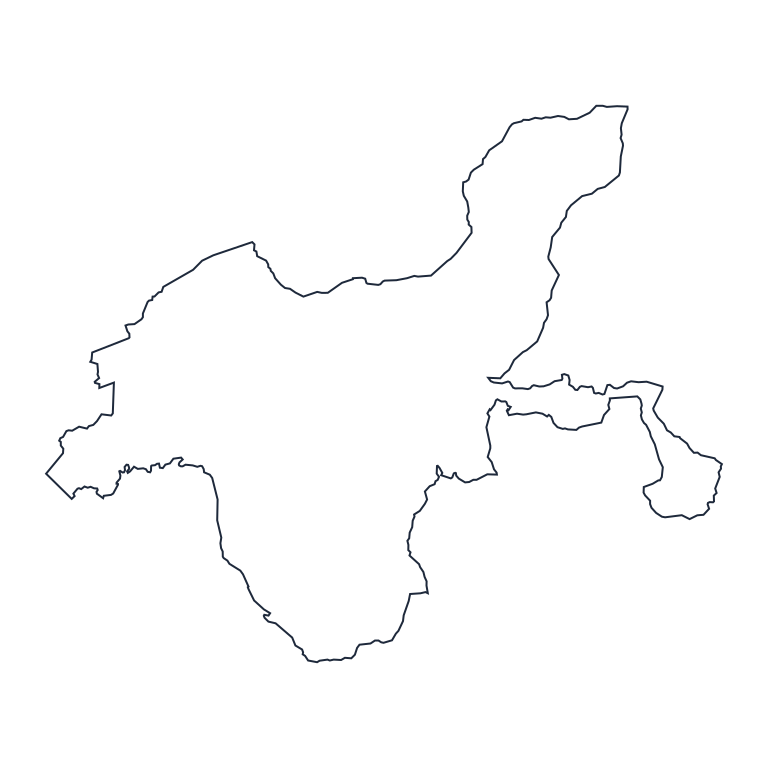 outline of Pasaje, El Oro, Ecuador
{"feature_id": "8360857B52243980096662", "entity_name": "Pasaje", "entity_type": "district", "adm_level": 2, "iso_a3": "ECU", "parent_name": "Ecuador", "parent_adm1": "El Oro", "projection": "mercator", "projection_center": [-79.713, -3.323], "detail": "fine", "context": "isolated", "style": "outline", "palette": "slate", "viewbox_px": 768, "rotation_deg": 0, "n_neighbors": 0, "source": "geoboundaries", "source_scale": "gbopen_adm2", "svg_char_len": 6074}
<svg xmlns="http://www.w3.org/2000/svg" viewBox="0 0 768 768"><path d="M351.3,658.3L354.9,654.7L357.1,647.9L359.5,644.7L370.5,643.5L375.0,640.5L378.5,640.5L381.2,642.3L383.5,642.8L392.0,640.3L395.9,633.6L398.4,630.9L403.0,621.1L403.7,615.3L408.7,601.0L410.1,594.0L420.4,593.3L425.5,592.1L427.8,593.2L426.5,585.6L426.6,581.3L424.6,576.9L423.4,572.0L420.1,567.1L419.1,564.2L409.5,555.5L410.5,552.3L408.3,550.1L408.4,544.9L407.4,540.8L409.2,538.3L409.7,532.6L412.2,527.2L412.7,520.7L414.5,516.6L414.1,514.5L419.8,510.9L424.9,503.8L427.1,499.5L424.9,491.5L429.7,486.2L434.6,484.2L435.5,481.2L437.7,479.9L439.0,476.8L436.7,473.6L437.0,466.0L437.7,465.8L439.5,467.9L442.3,472.9L441.2,475.2L450.8,478.4L452.3,477.4L453.8,473.4L455.2,472.8L455.9,473.1L456.2,475.6L458.8,478.6L465.1,482.4L469.2,482.0L473.3,479.8L476.6,479.8L487.3,474.3L496.9,474.6L496.6,472.6L494.0,469.3L491.7,462.1L487.7,457.0L490.3,448.3L490.3,445.6L486.4,427.2L489.4,416.6L487.4,413.4L489.7,409.3L490.5,410.1L494.5,404.7L495.9,400.4L497.4,399.3L501.4,401.5L505.3,401.4L506.3,402.0L507.8,405.8L510.7,406.9L508.6,410.1L507.7,409.3L506.8,410.7L508.9,415.2L517.0,413.7L523.1,414.6L526.3,414.3L535.9,412.4L542.5,413.7L547.1,416.5L548.8,414.9L551.3,416.9L553.5,422.9L557.5,427.2L562.8,428.9L565.0,428.4L567.9,429.4L576.4,429.9L579.0,427.6L582.1,426.5L601.3,422.6L604.0,415.0L609.4,409.0L608.3,404.9L609.9,400.4L609.8,398.4L637.3,396.4L640.3,399.4L641.5,403.6L641.8,405.5L640.8,408.6L641.8,412.4L640.9,415.4L641.9,419.4L644.0,423.0L646.1,424.8L649.8,431.9L650.8,436.3L654.8,444.3L659.0,459.3L662.8,467.2L661.8,477.0L660.0,480.3L658.3,480.4L652.6,483.8L643.8,487.0L643.6,492.6L645.1,495.4L650.1,500.7L650.1,504.1L651.5,507.8L656.1,512.9L661.9,516.7L665.1,517.3L681.8,515.2L689.6,519.1L697.3,515.3L703.5,514.8L709.1,508.8L707.6,504.3L708.0,502.9L709.7,502.1L713.0,502.3L714.0,501.4L713.8,495.6L716.6,493.0L715.2,488.5L719.7,476.9L718.6,472.3L721.0,468.7L720.8,466.4L721.9,464.1L715.9,460.0L714.7,458.3L700.9,455.2L697.6,452.6L693.9,452.8L689.5,448.0L687.1,443.6L680.1,438.2L679.6,437.0L674.3,436.3L670.8,432.5L667.0,430.3L663.8,423.7L657.8,417.6L653.7,410.6L653.2,408.4L662.4,389.7L662.6,386.5L646.6,381.7L638.6,382.2L631.1,381.3L627.0,382.7L623.1,386.3L617.1,388.5L614.0,388.0L609.9,384.8L607.4,385.1L604.4,394.0L602.5,394.5L598.7,392.9L595.8,393.5L594.1,392.9L592.9,387.9L591.6,386.5L588.0,387.2L581.6,386.1L579.9,386.8L577.4,390.0L575.3,389.8L572.9,386.8L569.1,384.6L569.6,380.0L568.3,375.5L564.3,374.1L561.9,374.8L562.4,378.7L561.7,380.0L554.6,381.2L549.7,384.4L543.6,386.3L539.3,386.5L533.8,385.2L532.1,386.0L530.2,388.3L527.9,389.1L522.2,388.3L515.0,388.4L513.1,387.6L509.7,382.1L508.0,381.5L502.1,383.4L493.8,382.5L490.8,381.2L488.2,377.8L500.3,378.3L504.5,373.4L509.1,369.8L514.1,360.0L522.9,352.1L526.7,350.2L537.2,341.4L543.1,327.8L544.0,322.8L546.6,319.2L548.0,315.2L546.6,302.3L549.6,300.2L551.1,297.8L551.7,290.5L558.9,275.0L548.6,259.1L548.3,256.6L550.7,247.4L552.2,237.0L560.0,227.6L561.3,222.7L565.9,217.0L566.8,210.9L571.0,205.3L582.1,196.1L591.9,193.7L597.7,188.9L604.8,187.0L618.9,175.5L619.9,172.5L620.8,156.5L623.0,145.7L622.8,143.3L620.6,138.1L621.6,134.7L620.9,128.2L621.8,123.2L627.6,109.3L627.5,106.6L617.0,106.2L606.8,106.9L602.8,105.8L596.3,105.8L589.7,112.7L577.0,118.8L568.9,119.3L564.3,116.9L558.0,116.0L550.5,117.7L545.7,117.3L541.5,118.7L535.2,117.8L528.9,120.0L523.4,119.8L521.6,121.4L513.9,123.2L512.0,124.3L509.6,127.2L502.0,141.3L489.2,150.3L485.4,157.0L483.0,159.1L482.6,164.1L473.8,169.7L470.9,172.6L468.6,179.6L466.1,181.5L463.2,182.3L462.8,191.3L463.8,195.8L467.2,201.5L468.3,207.5L468.8,212.0L467.2,215.7L467.3,219.6L468.8,222.0L468.7,224.6L471.4,227.0L471.6,232.8L456.5,252.9L450.6,258.9L447.2,261.1L431.0,275.6L418.0,276.6L414.3,275.9L407.0,278.2L396.4,280.2L384.6,280.6L382.8,281.5L380.4,284.2L378.3,284.9L367.5,283.7L366.4,282.9L365.2,278.7L362.0,277.7L352.9,278.2L352.9,279.2L342.0,282.8L327.8,292.8L321.9,292.9L317.2,291.9L303.4,296.6L295.5,292.6L290.0,288.8L285.0,288.0L280.9,284.7L275.1,278.2L273.3,273.4L270.8,270.9L270.4,268.8L268.3,267.1L268.2,264.4L266.1,260.6L257.2,256.2L256.4,251.5L254.0,250.3L254.5,244.4L252.2,242.1L213.3,255.3L202.1,260.7L193.1,269.8L163.3,286.9L161.6,291.8L158.6,292.4L154.5,296.5L152.6,296.6L152.2,300.0L149.0,300.6L147.6,302.0L142.9,313.5L142.9,317.2L141.5,319.2L134.5,324.1L128.3,324.5L125.5,325.5L127.4,331.3L129.3,333.7L129.5,337.4L128.8,338.2L92.2,352.5L91.6,359.6L90.3,361.8L97.4,364.0L98.0,371.9L97.5,374.4L99.1,378.1L94.7,381.8L95.0,382.9L99.4,384.1L99.3,388.0L113.9,382.6L112.8,413.4L111.2,415.5L101.5,414.3L97.0,421.1L93.3,424.9L88.9,426.1L87.0,428.6L79.1,426.7L72.2,430.7L68.6,430.3L66.4,431.1L63.1,436.9L60.3,438.2L59.2,440.7L60.8,441.9L60.8,445.6L63.3,448.7L63.0,453.2L46.1,473.7L71.7,498.9L74.6,496.1L73.4,493.6L77.5,488.7L79.0,488.2L81.2,489.1L84.5,486.5L87.7,487.7L90.6,486.8L94.0,488.3L97.2,488.5L97.7,490.0L96.5,491.9L96.9,493.7L103.1,498.2L103.8,495.8L111.0,494.9L113.2,493.5L118.0,484.7L117.9,483.9L116.5,483.7L116.6,482.6L120.0,478.6L120.4,475.6L119.3,471.3L120.1,470.9L122.6,472.5L124.0,472.3L125.0,470.2L124.6,467.0L126.5,464.7L128.1,464.9L129.1,467.6L129.1,468.9L127.1,471.3L127.8,472.9L130.1,471.4L134.0,466.7L137.8,468.9L143.2,468.3L145.9,469.2L147.7,471.8L150.1,472.3L151.0,470.7L151.1,466.1L151.8,465.5L155.0,465.2L157.0,463.8L159.0,463.6L159.9,467.7L162.8,468.1L165.4,464.6L169.9,463.4L173.4,458.7L181.1,457.6L182.7,459.5L179.5,462.4L178.8,464.2L179.1,465.4L180.8,466.3L182.7,466.3L185.5,464.7L192.7,465.4L197.3,466.8L200.5,465.8L202.1,466.2L203.7,469.1L204.1,472.3L209.8,474.7L212.2,478.0L217.6,499.5L217.2,520.3L221.3,537.6L220.4,543.2L221.1,548.2L222.7,551.5L222.8,556.7L223.7,558.1L227.4,560.6L229.4,563.8L240.3,570.6L243.0,574.3L248.5,586.6L247.8,587.2L248.5,589.1L254.1,600.5L263.9,609.4L270.1,613.2L268.5,615.6L264.3,614.8L263.8,615.8L264.6,617.8L268.4,621.6L275.6,623.3L292.2,637.6L295.4,645.5L302.1,649.5L303.1,652.3L302.7,654.3L305.1,655.9L308.1,660.5L317.1,662.2L319.6,660.7L327.5,659.6L329.8,660.5L333.7,659.6L341.1,660.0L344.9,657.8L351.3,658.3Z" fill="none" stroke="#1e293b" stroke-width="2"/></svg>